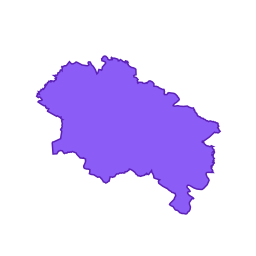 Guadalupe, Puebla, Mexico, rotated 297°
{"feature_id": "50627088B56399187703173", "entity_name": "Guadalupe", "entity_type": "district", "adm_level": 2, "iso_a3": "MEX", "parent_name": "Mexico", "parent_adm1": "Puebla", "projection": "natural_earth1", "projection_center": [-98.145, 18.05], "detail": "fine", "context": "isolated", "style": "filled", "palette": "violet", "viewbox_px": 256, "rotation_deg": 297, "n_neighbors": 0, "source": "geoboundaries", "source_scale": "gbopen_adm2", "svg_char_len": 5819}
<svg xmlns="http://www.w3.org/2000/svg" viewBox="0 0 256 256"><g transform="rotate(297 128 128)"><path d="M172.5,206.5L173.1,205.6L172.7,204.7L172.8,204.2L172.6,203.9L172.9,203.3L172.5,202.5L172.5,201.0L172.1,200.8L171.6,198.0L170.3,196.8L170.5,195.7L170.1,194.5L170.6,192.6L170.2,191.4L170.7,190.6L170.4,190.2L170.2,187.9L170.7,187.1L170.3,186.1L170.6,185.5L170.3,184.9L170.7,184.1L172.1,182.7L172.0,182.3L172.7,181.2L172.7,180.4L174.1,179.3L174.0,178.7L174.5,178.6L175.0,177.7L175.6,177.2L174.7,175.9L174.3,172.9L174.5,170.9L172.5,167.8L171.0,164.4L170.5,162.2L168.7,159.8L168.4,158.1L168.8,157.9L171.0,158.4L173.1,159.7L174.6,160.0L175.3,160.7L176.9,160.6L178.0,159.1L178.3,157.9L178.8,157.5L179.6,155.2L179.8,153.9L179.6,152.9L178.0,148.3L177.3,148.1L177.1,147.6L176.7,147.7L175.4,147.4L174.9,146.6L174.4,145.3L174.9,144.6L175.6,144.7L176.5,144.0L177.0,144.0L177.1,143.7L178.2,143.1L178.7,142.4L178.1,141.5L177.9,137.3L178.2,136.5L178.2,135.8L177.9,134.2L176.9,132.2L179.3,130.9L180.1,128.8L180.1,126.6L179.6,125.6L179.1,125.2L177.3,124.7L176.9,124.2L176.7,124.3L176.7,123.9L176.3,123.9L176.0,123.1L175.4,122.8L174.7,120.9L175.1,120.1L174.1,117.7L173.6,117.1L172.4,116.5L172.8,115.8L173.6,115.7L174.6,114.6L175.7,115.0L176.7,112.6L176.2,110.1L177.2,109.3L178.4,110.1L179.1,111.0L183.9,108.3L184.0,107.4L184.2,107.1L184.0,105.1L183.5,103.6L183.7,102.5L183.6,101.7L184.1,99.9L184.7,99.4L184.7,98.9L185.8,97.2L186.6,97.4L186.6,98.0L187.1,97.4L186.7,95.3L184.9,95.7L185.2,94.5L184.9,92.9L185.4,92.0L185.5,90.1L183.9,89.6L183.4,88.8L184.6,87.9L184.6,87.0L184.1,84.3L183.2,82.4L183.4,81.2L182.9,81.2L182.3,81.6L182.1,82.9L181.8,83.0L180.2,80.6L180.0,79.1L181.1,78.0L181.8,75.8L181.6,74.7L180.5,73.6L178.8,73.5L177.7,73.1L176.1,74.2L176.5,76.4L176.4,78.0L175.7,78.6L174.7,78.5L170.7,77.5L168.2,78.3L167.6,78.2L167.3,78.0L167.5,77.3L166.9,75.5L163.4,76.1L162.1,75.7L165.2,72.3L167.1,69.1L167.8,66.8L169.6,64.4L169.2,63.1L168.5,62.7L167.6,63.1L166.6,64.5L165.7,64.2L164.9,63.3L163.3,58.5L163.4,53.1L163.3,52.0L163.0,51.6L161.9,51.2L160.2,49.9L159.6,48.7L159.8,47.6L160.5,45.7L155.8,44.8L155.2,44.3L154.5,43.0L153.2,42.4L152.8,41.2L152.3,41.2L152.2,41.9L149.1,43.2L149.4,42.2L149.0,41.5L147.0,41.7L146.1,41.4L145.5,40.6L143.5,41.0L142.7,40.6L142.3,39.6L141.7,39.3L141.1,38.2L141.0,39.1L140.5,39.9L140.7,41.3L139.7,41.5L139.1,40.9L138.9,41.9L138.6,42.0L136.6,40.9L135.8,40.9L135.6,40.5L135.8,40.1L135.3,38.4L134.9,37.7L134.6,36.9L134.7,38.5L134.1,38.4L133.7,36.2L132.6,36.2L131.7,36.0L131.7,35.7L129.7,35.8L129.5,34.7L128.4,34.5L128.1,34.6L128.1,35.3L127.6,35.0L127.1,35.5L124.2,35.2L124.4,34.3L123.7,34.3L123.2,34.0L122.8,33.1L121.7,33.5L121.3,33.0L119.9,32.8L119.7,31.7L117.9,33.6L117.6,31.7L116.1,32.2L114.8,32.2L114.4,34.3L115.3,34.8L115.5,36.2L114.8,37.1L114.4,38.6L114.0,38.8L113.1,38.2L111.8,36.4L110.4,36.0L109.8,40.5L109.7,43.3L110.3,44.0L109.7,45.1L109.1,45.3L108.7,45.9L108.5,46.7L108.9,46.9L109.1,47.9L109.1,48.8L106.9,48.5L106.4,48.7L106.0,59.1L106.8,59.5L106.5,62.4L107.3,63.4L105.9,63.9L105.8,66.0L105.3,65.5L104.4,65.5L102.0,67.6L100.5,67.8L99.6,68.7L98.1,68.8L97.4,69.2L97.0,68.7L95.8,68.8L95.1,70.4L87.9,72.8L82.0,68.2L81.3,67.3L80.2,67.3L70.8,73.0L72.7,76.3L75.7,76.6L77.3,78.1L77.8,79.9L76.4,82.4L76.4,83.0L77.1,83.3L78.0,85.0L79.0,85.2L79.7,86.8L80.5,87.5L80.6,88.4L81.8,89.1L82.2,93.2L81.3,94.3L79.6,99.0L80.8,102.1L81.1,102.0L81.0,104.3L80.0,104.6L79.7,105.1L77.8,105.6L74.0,105.8L73.3,106.2L72.6,106.8L72.3,107.6L72.7,109.9L73.3,111.1L73.6,112.9L71.8,113.8L69.8,114.3L69.9,116.2L70.8,118.7L70.4,123.4L71.4,124.6L71.4,125.9L70.7,127.0L70.7,127.6L69.2,130.2L68.9,130.4L69.1,132.5L68.9,133.2L70.3,134.3L71.8,134.8L72.1,135.3L76.3,134.3L77.0,135.9L77.1,136.8L78.0,137.3L78.6,138.2L80.6,138.4L82.1,138.8L82.5,140.1L84.2,141.1L84.7,142.5L85.6,143.4L85.9,144.6L86.5,145.5L87.7,145.3L88.5,146.7L89.1,147.1L90.1,147.4L90.9,148.0L92.0,147.8L92.3,149.3L92.2,151.4L91.6,154.4L90.5,156.2L90.5,157.3L89.9,158.7L90.5,159.5L90.5,160.8L90.9,161.5L91.8,162.0L91.9,162.4L93.3,164.0L94.0,164.1L94.7,165.2L95.3,164.9L96.1,165.2L95.6,166.5L95.9,167.5L100.8,168.3L99.3,169.4L98.6,170.8L97.1,172.5L95.4,173.7L95.4,175.1L96.2,179.8L94.8,179.2L93.9,179.5L92.7,180.6L91.9,185.4L91.8,189.8L92.0,190.0L91.1,193.2L91.1,195.0L90.6,196.2L90.7,197.1L91.1,197.9L90.8,198.8L91.1,199.7L89.2,201.3L87.4,201.2L86.0,201.3L85.7,201.6L79.8,199.7L78.6,199.8L78.3,201.5L78.4,203.9L76.6,207.1L76.6,208.1L77.0,209.2L76.8,210.9L76.1,212.3L76.3,214.8L77.2,216.7L77.5,218.2L78.2,219.2L78.8,219.4L80.3,219.5L81.5,220.2L83.5,220.3L86.0,219.5L88.1,217.2L89.5,216.5L93.8,217.0L94.2,217.4L94.6,218.4L95.0,218.5L95.4,217.6L95.8,213.2L96.8,210.9L97.5,210.4L98.0,210.4L98.6,210.7L99.3,211.9L99.7,212.1L100.4,211.3L101.9,207.6L102.3,207.2L103.5,207.0L104.3,207.4L104.8,209.2L104.5,213.8L104.9,217.1L106.3,220.8L106.9,221.9L108.5,222.8L113.4,224.3L118.2,224.0L119.4,222.7L120.2,220.7L122.4,218.4L123.5,218.2L124.1,218.4L124.7,219.2L127.0,224.0L127.4,223.0L127.7,223.3L128.2,223.1L129.4,221.5L129.8,220.5L130.6,220.1L131.3,220.5L131.7,219.3L132.0,219.4L132.2,220.1L132.8,220.2L133.4,219.4L133.2,220.4L133.6,220.6L134.8,220.3L136.0,220.8L136.3,220.5L135.9,219.3L136.8,219.6L136.9,218.8L137.1,218.6L137.7,219.3L138.1,219.3L138.4,218.8L139.4,218.4L140.0,218.7L140.7,217.0L141.8,216.6L141.9,216.0L141.7,215.4L142.6,214.8L143.0,216.0L145.6,216.1L146.1,215.7L146.0,215.1L145.4,214.5L147.3,214.8L147.8,214.2L148.0,212.7L148.7,212.0L149.7,211.7L150.1,212.2L150.0,210.2L149.1,210.1L148.5,209.3L148.4,207.7L148.1,207.0L147.9,205.8L148.6,203.1L149.6,202.0L149.6,201.4L149.1,201.2L149.0,200.7L149.2,200.4L150.1,200.3L150.6,201.3L156.9,204.6L163.5,207.0L163.5,208.0L164.0,208.6L164.4,210.1L164.8,210.8L166.9,211.6L167.5,210.1L168.7,208.7L168.9,207.7L169.5,207.6L170.7,208.1L170.9,208.0L171.4,206.7L172.5,206.5Z" fill="#8b5cf6" stroke="#5b21b6" stroke-width="1.5"/></g></svg>